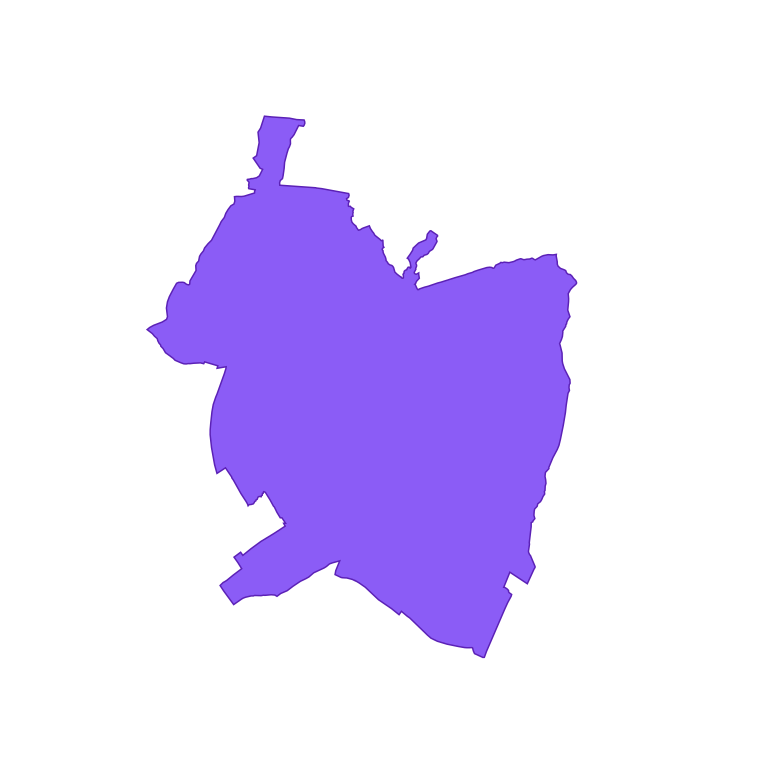 outline of Ardeoani, Bacau, Romania, rotated 254°
{"feature_id": "2599482B27984899635194", "entity_name": "Ardeoani", "entity_type": "district", "adm_level": 2, "iso_a3": "ROU", "parent_name": "Romania", "parent_adm1": "Bacau", "projection": "natural_earth1", "projection_center": [26.618, 46.525], "detail": "fine", "context": "isolated", "style": "filled", "palette": "violet", "viewbox_px": 768, "rotation_deg": 254, "n_neighbors": 0, "source": "geoboundaries", "source_scale": "gbopen_adm2", "svg_char_len": 6167}
<svg xmlns="http://www.w3.org/2000/svg" viewBox="0 0 768 768"><g transform="rotate(254 384 384)"><path d="M461.1,585.4L461.5,582.0L463.1,577.4L463.5,572.7L463.3,570.8L461.6,563.6L462.6,562.4L463.8,561.5L464.2,560.7L464.0,558.4L464.6,555.8L464.8,553.3L465.2,552.2L466.5,550.4L466.8,549.6L466.6,545.4L466.1,543.3L466.0,541.9L466.2,537.5L468.0,533.1L468.0,531.1L468.7,529.9L468.1,528.5L467.4,524.2L465.4,522.1L465.1,521.5L465.2,520.7L466.3,519.7L467.1,517.9L467.6,515.0L467.5,505.8L467.3,501.5L466.9,499.7L466.9,495.0L466.6,492.2L466.6,481.6L466.2,466.9L466.3,463.5L465.8,453.6L465.9,449.6L465.6,443.9L465.2,443.6L465.3,442.6L466.3,442.1L471.1,441.4L471.4,441.1L471.8,442.1L472.6,442.5L474.0,443.9L475.9,447.1L480.0,447.6L481.2,448.0L480.6,445.3L481.0,444.5L481.8,443.9L482.5,443.7L483.3,444.1L485.4,446.2L486.5,446.4L488.3,447.8L489.3,448.1L491.1,447.9L491.7,448.1L493.3,449.8L494.8,452.8L495.8,454.2L495.9,454.8L495.6,456.4L496.7,458.1L496.7,461.0L497.4,462.6L498.7,463.9L499.1,464.6L500.0,467.7L500.5,468.4L506.2,474.1L506.6,474.3L509.3,474.1L510.9,475.4L511.4,476.3L512.2,476.4L518.4,471.3L518.4,470.2L516.0,466.9L512.2,465.1L511.0,463.9L510.0,456.1L506.6,449.5L504.7,448.4L501.3,444.6L498.5,441.0L497.3,442.0L493.6,442.6L488.9,442.1L488.2,441.3L488.2,441.1L489.4,440.5L489.6,439.4L488.5,438.0L487.6,437.4L487.5,435.9L486.8,434.5L484.7,433.5L484.4,432.7L484.1,432.5L482.9,432.5L480.7,431.9L480.5,431.2L480.9,430.4L482.3,429.8L482.2,429.6L486.0,426.8L488.6,425.3L493.3,425.3L494.7,424.9L495.8,424.2L496.9,422.5L498.5,421.2L499.8,421.0L502.1,420.0L503.4,420.3L505.6,420.3L509.8,419.5L511.1,419.5L512.3,419.8L513.7,419.3L514.8,419.9L515.4,421.6L516.8,421.2L522.4,422.5L522.6,422.4L522.4,421.1L522.8,420.7L524.3,419.9L529.5,416.2L532.1,415.6L533.6,414.9L537.2,413.8L540.1,413.5L539.7,407.5L539.5,405.8L538.9,404.0L538.8,402.1L538.9,401.8L542.0,400.7L543.5,400.6L546.3,398.7L548.4,397.8L550.6,397.8L553.2,398.4L553.9,399.1L553.9,400.5L556.0,400.8L557.4,401.6L558.7,401.7L560.7,403.2L562.8,401.2L564.2,400.5L564.4,399.1L564.9,398.8L567.5,399.6L569.3,401.0L569.9,400.7L570.3,399.7L570.9,399.1L572.5,399.1L573.1,401.2L575.1,402.5L576.8,402.5L589.0,377.9L591.0,373.1L591.4,372.6L603.8,338.6L606.2,339.1L608.2,340.4L609.4,343.0L612.0,344.4L618.7,347.4L624.6,349.6L632.7,354.4L636.5,356.9L638.0,358.4L640.6,360.3L644.5,361.3L645.6,361.9L646.7,363.9L648.5,366.3L656.0,373.2L654.0,377.5L654.8,378.6L656.5,379.8L658.2,380.1L659.8,380.0L662.2,373.0L665.6,366.4L671.7,349.6L674.4,342.9L664.0,335.9L660.8,332.3L650.4,330.5L638.6,324.5L637.2,320.5L625.5,324.4L623.8,326.5L618.4,321.5L617.4,318.4L617.6,314.6L618.0,313.0L618.0,310.7L618.3,309.8L618.3,309.0L618.0,308.8L617.6,308.7L615.6,309.7L614.7,309.8L612.6,308.7L611.3,308.7L609.8,307.8L609.0,307.9L606.2,313.7L605.0,312.8L603.3,312.2L603.1,301.3L603.5,298.7L604.9,294.3L605.3,291.9L600.9,291.0L598.4,289.4L597.5,285.9L594.7,282.2L591.7,279.0L588.1,276.4L585.0,272.3L582.3,269.9L569.7,257.8L567.4,253.6L564.2,249.0L561.7,247.1L559.5,243.9L557.6,241.9L553.3,239.7L551.6,237.0L549.7,235.7L544.9,234.6L536.6,225.9L533.6,224.8L533.1,223.6L534.2,221.7L536.5,220.0L537.3,218.5L538.3,214.6L538.0,212.4L533.6,207.9L527.2,201.8L522.7,198.5L517.0,195.8L508.3,194.4L506.1,192.8L504.7,187.9L503.9,178.7L502.9,174.3L501.6,171.3L496.3,175.2L493.1,176.6L490.2,178.5L487.8,178.5L485.2,179.0L483.2,180.0L481.8,179.9L479.0,181.4L474.3,182.6L466.7,188.5L464.4,189.7L460.4,194.6L458.6,197.1L457.8,199.4L457.6,201.3L457.0,203.3L456.4,206.9L454.9,213.4L453.2,216.3L454.7,217.7L447.3,229.3L445.1,227.9L444.1,237.0L442.6,236.4L438.1,233.5L420.3,220.7L417.7,218.6L411.3,214.2L404.8,211.0L393.7,206.5L387.9,204.3L383.1,202.9L370.5,200.7L353.0,198.9L344.1,198.8L347.1,208.5L336.4,212.0L335.8,211.8L333.3,212.7L318.0,216.3L308.9,219.1L306.4,219.7L304.4,219.8L305.2,221.1L304.8,223.0L304.8,225.3L305.7,226.5L306.7,227.4L307.0,228.6L307.9,229.1L308.1,230.3L310.0,231.7L310.3,232.9L309.5,234.9L310.4,235.3L310.6,236.3L312.3,237.0L312.3,237.8L313.6,238.5L313.7,238.8L312.9,239.8L312.2,240.2L304.1,242.5L297.0,244.1L296.0,244.7L290.2,245.7L284.0,247.4L283.5,249.0L277.3,251.0L277.8,249.1L274.6,249.8L270.6,236.9L266.6,222.3L262.3,210.7L258.2,201.1L261.8,199.8L258.9,192.1L252.7,194.3L245.7,196.3L241.8,186.2L238.6,178.8L237.8,176.1L237.6,174.8L235.5,170.9L229.4,172.8L213.4,178.7L216.5,187.7L217.0,189.7L217.2,192.2L216.9,197.9L216.3,200.0L216.4,201.3L214.4,207.6L214.2,210.0L213.7,211.2L212.5,217.5L211.2,220.9L209.4,222.6L211.1,227.0L212.0,234.0L214.7,240.9L217.4,249.3L218.4,255.1L219.2,258.6L221.9,264.4L223.7,275.8L224.5,278.5L226.1,282.0L226.3,285.4L226.2,292.7L217.9,286.2L214.3,284.4L209.8,289.5L209.1,291.0L207.8,294.8L204.9,299.7L202.8,302.0L203.0,302.1L199.6,305.3L193.8,310.0L178.1,319.3L165.9,329.4L158.1,334.9L160.7,338.1L154.4,342.3L152.1,344.2L130.4,356.7L126.6,359.2L121.9,364.5L116.6,372.8L111.2,383.1L108.4,388.9L107.5,391.4L106.3,396.0L105.9,396.4L102.8,396.3L99.9,396.7L93.9,403.7L93.6,405.1L98.7,408.8L134.2,437.9L139.7,442.6L144.8,447.6L146.5,448.7L148.9,446.8L150.0,446.5L151.3,446.8L153.3,445.7L155.4,443.8L155.6,443.1L168.4,453.1L152.5,466.7L164.5,477.0L166.0,478.6L166.9,478.9L178.7,477.5L180.0,476.9L182.3,476.6L183.5,476.8L189.9,479.7L191.4,479.9L206.2,486.1L210.2,487.3L210.5,489.0L211.4,489.6L213.0,491.9L216.4,491.9L220.3,493.3L222.4,494.4L223.6,496.6L224.3,497.6L226.4,498.7L227.8,502.0L229.5,503.8L232.0,505.8L233.9,508.1L236.6,508.6L237.2,509.4L241.4,510.8L243.8,512.3L247.4,513.0L250.8,513.3L254.5,514.8L257.2,519.2L258.3,519.4L266.6,526.0L273.3,532.5L276.7,535.2L282.3,538.4L294.8,544.9L306.5,550.5L313.4,553.3L324.3,558.3L326.7,560.5L329.4,560.8L332.1,561.8L333.4,563.1L337.0,563.9L348.9,561.6L354.4,561.4L357.1,561.7L364.7,563.7L372.8,564.0L374.4,563.9L377.8,566.8L380.5,568.6L384.5,570.2L385.6,570.4L389.3,574.5L391.1,575.3L391.4,576.0L393.3,576.9L395.6,579.0L397.4,581.3L404.4,581.0L412.0,584.0L415.1,585.0L420.1,586.0L423.4,589.3L425.0,591.8L426.9,595.8L427.7,596.8L428.7,597.1L430.6,596.8L433.3,595.3L436.2,594.3L437.9,593.2L438.5,591.7L439.3,590.8L440.7,590.1L443.0,589.9L444.3,588.5L446.5,585.5L449.3,583.8L451.3,583.6L453.7,584.2L459.7,584.8L461.1,585.4Z" fill="#8b5cf6" stroke="#5b21b6" stroke-width="1.5"/></g></svg>